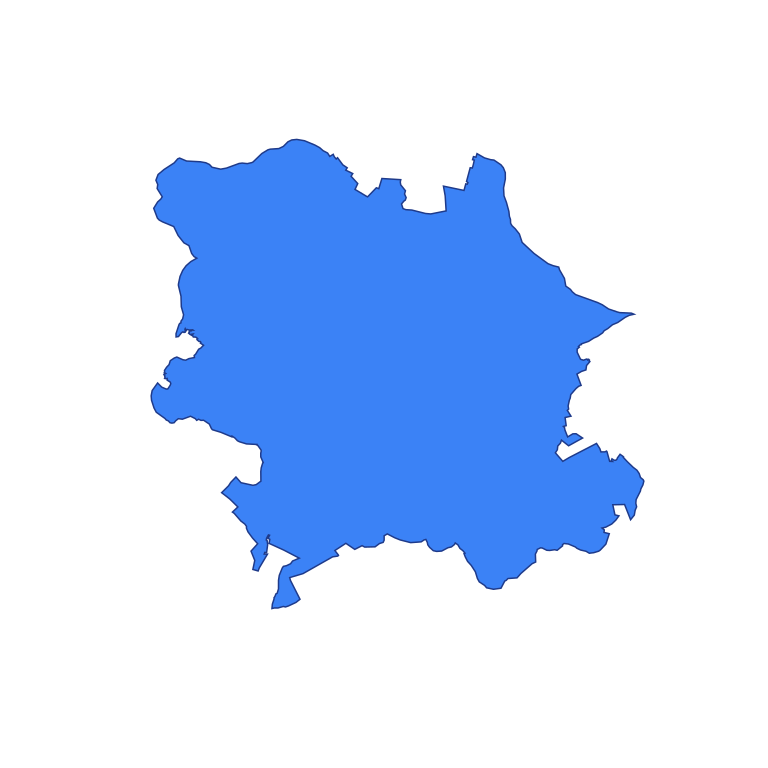 outline of Cojocna, Cluj, Romania, rotated 197°
{"feature_id": "2599482B9725035335069", "entity_name": "Cojocna", "entity_type": "district", "adm_level": 2, "iso_a3": "ROU", "parent_name": "Romania", "parent_adm1": "Cluj", "projection": "equal_earth", "projection_center": [23.848, 46.739], "detail": "fine", "context": "isolated", "style": "filled", "palette": "blue", "viewbox_px": 768, "rotation_deg": 197, "n_neighbors": 0, "source": "geoboundaries", "source_scale": "gbopen_adm2", "svg_char_len": 6159}
<svg xmlns="http://www.w3.org/2000/svg" viewBox="0 0 768 768"><g transform="rotate(197 384 384)"><path d="M645.5,540.3L647.1,539.0L649.3,534.1L657.0,524.9L661.3,518.3L661.7,512.2L658.7,508.6L658.1,504.6L650.8,498.2L651.5,495.6L653.7,491.9L655.6,484.7L649.2,476.4L647.0,475.1L643.2,474.3L631.1,473.1L624.3,465.8L616.6,460.5L611.0,459.3L606.1,452.6L602.9,450.3L599.8,449.6L604.5,444.6L607.8,439.3L609.7,433.8L610.5,427.2L609.8,419.4L609.4,418.1L603.8,408.6L600.4,398.6L595.9,391.6L595.6,387.3L596.5,384.8L596.1,383.0L597.1,382.2L597.4,380.9L597.6,371.3L596.6,368.2L594.4,369.3L592.6,373.9L591.5,375.1L590.4,374.8L589.4,375.3L589.7,376.5L589.3,377.1L590.4,378.1L590.3,378.8L589.6,378.0L589.0,378.2L588.7,377.4L588.3,378.6L585.9,378.7L582.8,379.9L582.3,379.7L583.8,379.3L583.7,378.6L585.6,377.7L585.6,375.6L585.0,375.9L584.6,374.9L582.1,374.3L582.4,375.4L581.2,376.0L581.6,374.9L580.1,373.2L577.7,373.8L576.4,373.4L575.4,372.8L576.0,372.1L575.6,371.6L573.3,370.6L572.0,370.9L571.3,370.3L571.5,369.4L567.9,368.3L569.7,364.8L571.4,363.1L572.9,357.3L573.9,355.8L573.0,353.9L577.9,351.3L580.6,348.8L583.3,348.4L590.0,349.2L592.2,347.5L595.2,343.8L595.2,339.7L596.8,336.5L597.9,332.8L597.1,330.9L597.4,330.4L595.8,330.2L597.2,328.6L595.8,327.6L595.8,326.7L595.1,325.8L595.3,325.2L593.4,325.4L593.1,325.9L592.5,325.3L592.5,324.3L588.9,323.3L588.0,322.0L588.1,320.3L589.3,316.1L590.8,315.5L595.6,316.0L600.8,318.8L603.8,309.9L603.2,304.6L601.5,300.4L596.9,293.8L593.5,290.4L583.4,287.0L581.7,285.9L579.5,285.7L577.3,284.4L575.4,284.6L573.4,285.6L572.4,288.0L570.5,290.7L566.5,291.4L559.6,296.6L554.3,295.7L552.5,294.5L551.0,296.1L548.4,295.7L545.9,296.6L539.3,294.6L536.0,290.9L534.7,290.1L525.9,290.1L514.5,289.0L514.8,289.4L514.3,289.8L510.9,288.8L507.6,286.9L505.4,286.5L498.0,286.5L488.0,289.0L488.1,288.6L486.8,288.4L482.5,285.1L481.9,284.2L481.6,281.7L480.5,278.2L476.5,273.5L476.9,273.2L476.9,267.9L476.2,264.2L473.3,255.1L476.8,250.4L479.7,248.8L491.9,247.8L498.4,251.8L501.8,245.1L502.9,241.2L507.5,232.6L498.0,229.0L487.8,223.7L491.5,217.2L489.4,216.5L480.8,211.1L476.2,209.4L473.9,207.7L473.4,205.9L470.8,202.8L464.6,198.2L458.1,194.3L462.3,185.3L456.0,177.5L455.2,168.3L449.7,168.4L449.5,171.7L445.7,187.2L448.8,186.3L448.8,188.1L447.0,188.6L448.3,196.4L450.1,200.3L451.0,200.4L451.2,202.2L450.4,205.9L449.2,205.9L449.8,202.5L447.8,202.1L447.3,198.0L431.5,195.9L414.1,192.7L419.7,188.0L420.8,184.8L424.2,181.7L426.9,180.2L427.5,178.3L428.2,170.5L427.5,165.5L425.0,157.2L425.0,152.6L426.0,151.7L426.2,149.0L426.7,147.3L426.3,146.5L426.4,140.8L425.5,136.5L423.3,137.8L419.9,138.8L415.3,141.8L413.0,142.0L410.6,143.7L404.3,149.4L401.4,153.6L416.0,168.8L417.6,171.3L406.0,179.0L382.6,203.7L377.9,205.9L377.4,206.8L377.9,207.3L382.3,210.4L373.9,220.5L363.6,217.3L357.7,223.0L354.8,222.4L344.9,225.7L341.7,230.1L338.5,232.3L338.2,234.7L339.5,238.9L337.0,241.6L328.8,240.1L322.9,239.6L312.1,240.1L302.3,243.9L300.1,246.6L298.5,247.6L296.3,245.2L295.1,243.0L292.6,241.1L288.1,239.0L284.7,239.3L280.0,241.1L275.0,246.1L271.9,247.9L269.7,251.1L269.4,252.8L266.3,251.8L263.3,249.0L259.9,247.7L257.1,245.9L257.9,245.2L255.7,242.4L252.2,238.8L247.5,236.0L241.7,231.1L237.8,225.3L235.0,222.6L228.9,220.8L226.3,219.1L219.3,219.7L212.4,222.9L210.9,230.9L209.7,232.0L208.6,234.2L200.1,237.5L197.7,242.8L189.8,255.5L186.9,258.1L189.5,265.6L188.9,269.0L189.1,270.6L186.4,273.1L184.7,273.4L179.7,272.6L176.8,273.3L172.4,275.4L169.8,275.6L165.9,281.4L166.3,282.6L165.2,284.1L160.9,284.9L153.3,284.1L151.5,283.3L147.5,282.7L141.9,283.1L138.2,282.2L134.1,284.0L129.8,286.9L128.7,288.3L125.0,295.7L124.8,306.7L130.2,306.4L130.7,308.9L133.4,310.0L130.0,312.0L125.2,316.8L122.5,321.6L120.8,326.6L124.9,326.4L129.9,335.4L118.7,339.1L108.5,326.3L106.3,331.8L106.9,336.7L106.5,340.4L108.3,343.5L109.1,347.2L107.5,356.5L107.7,358.7L106.9,363.2L107.1,367.1L108.1,368.2L111.4,369.6L113.8,373.0L116.9,375.5L121.4,377.2L128.5,380.8L133.7,383.8L133.6,384.3L134.4,384.7L137.7,385.8L139.2,381.5L139.2,380.3L140.1,378.8L141.7,378.4L144.1,379.1L144.3,377.3L143.0,376.7L145.6,376.0L151.0,384.5L151.6,384.9L152.9,383.7L156.7,382.5L158.7,385.3L163.4,389.3L185.4,367.8L190.4,362.3L200.0,368.3L199.0,371.8L199.7,375.5L198.0,379.1L197.9,382.2L189.4,378.9L178.3,390.4L185.7,392.6L188.8,391.6L192.9,387.1L197.5,392.9L198.7,395.2L200.0,395.9L197.6,397.4L201.0,404.9L195.8,407.9L201.0,412.4L200.1,414.0L201.5,416.8L202.0,422.7L201.8,424.9L202.3,428.5L199.0,435.9L197.1,438.8L195.1,440.3L202.4,449.9L198.8,453.8L195.0,456.5L195.7,460.9L193.7,465.6L194.5,465.9L194.5,466.9L195.5,467.5L196.3,466.5L197.1,467.2L197.7,467.0L200.2,465.1L203.3,465.1L208.6,470.9L209.5,474.0L208.0,476.3L209.0,476.7L208.1,478.5L206.8,479.4L207.1,480.0L200.8,484.6L196.9,489.2L193.7,492.0L189.9,496.8L189.0,499.4L186.3,502.3L182.8,507.5L178.4,511.2L172.8,518.3L169.5,521.4L165.3,523.8L168.1,524.1L179.4,521.2L181.9,521.1L191.2,521.4L198.4,523.6L203.2,524.3L226.9,525.5L230.9,527.2L233.4,529.0L238.8,530.8L242.3,537.7L249.5,544.5L251.1,546.9L256.8,546.6L262.3,547.0L278.7,552.7L293.3,559.8L298.4,567.0L303.9,570.8L307.9,572.8L309.9,574.7L311.2,578.4L313.1,581.0L315.0,585.5L319.9,593.3L324.3,599.1L327.0,606.5L327.9,615.5L329.8,621.6L333.1,625.7L336.2,627.8L344.3,630.3L347.6,629.7L354.0,629.6L362.4,631.5L362.4,627.8L364.9,627.6L364.9,624.4L363.1,624.5L362.7,619.2L362.7,616.4L364.8,616.0L364.3,601.8L362.6,601.1L362.8,599.4L364.3,599.3L364.1,592.5L385.0,590.6L380.5,581.8L375.2,567.7L389.0,560.3L394.2,559.2L408.2,558.5L414.1,557.1L417.1,557.3L419.9,561.3L418.4,564.8L417.4,566.1L417.3,568.7L419.9,571.7L420.0,575.1L426.2,579.3L427.5,581.9L427.7,584.3L446.1,579.9L446.1,569.3L448.7,569.4L454.4,558.2L455.3,558.3L468.6,561.6L467.7,568.0L476.2,573.0L475.4,576.1L483.1,577.3L482.4,580.0L487.4,581.5L494.6,586.8L495.5,585.2L498.0,586.8L499.7,588.8L502.4,585.8L505.5,588.4L510.4,589.3L514.6,591.2L519.9,592.3L531.1,593.4L538.9,592.4L543.6,590.4L546.7,587.5L549.7,581.8L553.4,578.4L561.5,575.3L563.5,574.0L568.2,568.7L574.1,558.1L575.1,557.1L579.1,554.8L584.2,553.8L587.1,552.5L597.8,544.4L603.0,541.7L611.8,541.0L615.1,542.9L619.1,543.5L624.7,542.8L638.0,539.5L645.5,540.3Z" fill="#3b82f6" stroke="#1e3a8a" stroke-width="1.5"/></g></svg>